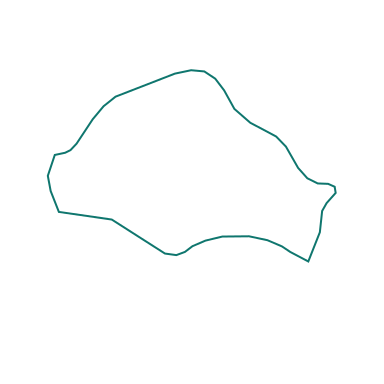 Ajlun, Albers equal-area conic projection, rotated 57°
{"feature_id": "JOR-855", "entity_name": "Ajlun", "entity_type": "Province", "adm_level": 1, "iso_a3": "JOR", "parent_name": "Jordan", "parent_adm1": "", "projection": "albers", "projection_center": [35.755, 32.279], "detail": "fine", "context": "isolated", "style": "outline", "palette": "teal", "viewbox_px": 384, "rotation_deg": 57, "n_neighbors": 0, "source": "natural_earth", "source_scale": "10m", "svg_char_len": 636}
<svg xmlns="http://www.w3.org/2000/svg" viewBox="0 0 384 384"><g transform="rotate(57 192 192)"><path d="M136.2,314.5L114.2,310.0L99.9,304.1L86.2,286.9L90.0,277.0L90.7,271.1L88.6,262.5L76.9,235.6L71.9,219.4L70.4,204.2L83.4,141.9L89.4,126.4L97.6,116.0L109.6,110.8L124.2,109.7L145.4,111.2L165.7,105.4L191.3,91.2L205.1,88.5L229.6,89.9L243.3,87.8L253.3,81.9L259.3,73.4L265.3,69.5L271.0,72.0L274.6,85.1L278.8,93.2L295.4,106.7L313.6,132.3L295.7,142.3L286.6,146.2L273.5,155.0L260.2,168.3L245.9,190.8L240.1,207.2L237.7,221.1L238.4,230.6L236.4,239.5L228.9,248.2L171.4,274.3L136.2,314.5Z" fill="none" stroke="#0f766e" stroke-width="2"/></g></svg>